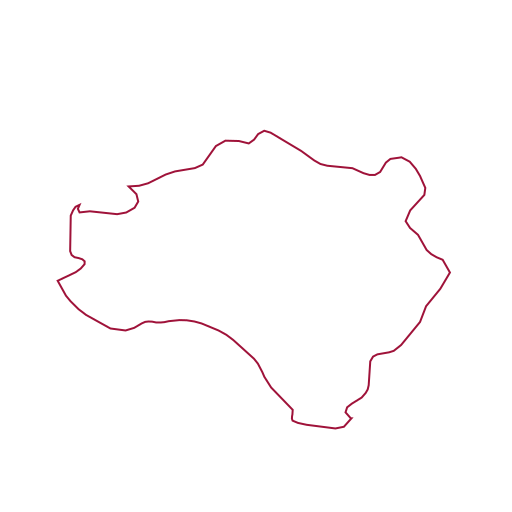 the Province of Tây Ninh, rotated 110°
{"feature_id": "VNM-444", "entity_name": "Tây Ninh", "entity_type": "Province", "adm_level": 1, "iso_a3": "VNM", "parent_name": "Vietnam", "parent_adm1": "", "projection": "robinson", "projection_center": [106.175, 11.366], "detail": "fine", "context": "isolated", "style": "outline", "palette": "rose", "viewbox_px": 512, "rotation_deg": 110, "n_neighbors": 0, "source": "natural_earth", "source_scale": "10m", "svg_char_len": 1595}
<svg xmlns="http://www.w3.org/2000/svg" viewBox="0 0 512 512"><g transform="rotate(110 256 256)"><path d="M367.0,118.6L372.3,118.4L376.1,111.4L375.9,110.8L386.4,115.0L390.9,122.4L397.3,150.7L398.5,159.5L398.2,165.3L396.6,166.6L394.3,167.3L392.4,167.6L388.0,168.9L374.4,196.8L366.7,206.8L363.0,210.3L356.5,217.4L353.2,222.8L342.7,248.7L340.2,256.9L338.8,265.8L338.0,284.1L338.6,291.5L340.1,299.1L342.4,306.0L347.1,315.7L349.5,319.5L351.1,322.9L352.6,327.0L353.2,331.1L354.3,334.6L355.8,337.6L358.4,340.3L365.2,345.9L370.6,353.1L373.9,368.0L369.5,395.5L366.7,404.5L362.0,414.7L358.3,421.0L347.1,433.9L332.9,419.9L327.7,416.4L322.3,414.3L319.6,415.2L318.5,418.1L318.6,421.9L319.2,426.1L318.1,429.6L315.0,432.3L281.4,443.9L275.7,443.5L271.5,442.4L268.3,439.3L272.6,439.5L275.4,436.7L270.8,427.4L264.2,400.8L259.5,392.8L252.2,386.6L245.1,385.3L238.8,389.5L234.2,399.5L230.0,389.9L224.6,382.3L210.3,368.7L204.2,361.0L194.3,343.5L188.3,337.3L166.4,331.3L158.1,324.2L153.8,311.4L152.7,301.3L147.3,297.6L140.7,295.7L135.5,291.1L135.1,284.5L141.8,249.6L146.3,233.9L147.5,226.9L146.8,219.9L140.5,195.4L141.4,183.3L141.0,177.1L139.1,171.9L134.6,168.1L123.8,165.9L118.8,162.9L114.7,155.2L113.5,153.1L114.8,143.8L119.4,135.7L124.8,129.1L126.0,128.0L134.1,120.2L141.0,118.7L160.4,126.7L172.1,127.3L177.0,120.8L180.7,111.0L192.0,97.7L194.3,92.0L195.4,85.8L195.7,79.3L205.2,68.1L223.8,71.6L245.0,79.0L261.9,79.3L290.0,89.2L298.0,94.1L301.0,98.0L306.9,108.3L310.5,111.6L315.9,112.6L338.9,105.9L343.2,105.4L347.2,106.1L352.9,108.3L361.9,115.4L367.0,118.6Z" fill="none" stroke="#9f1239" stroke-width="2"/></g></svg>